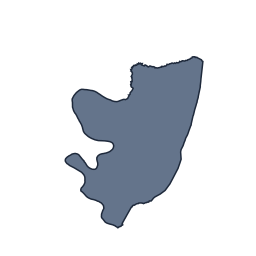 Tumana, Upper River, Gambia, rotated 297°
{"feature_id": "56634734B54781332377439", "entity_name": "Tumana", "entity_type": "district", "adm_level": 2, "iso_a3": "GMB", "parent_name": "Gambia", "parent_adm1": "Upper River", "projection": "mercator", "projection_center": [-14.08, 13.369], "detail": "fine", "context": "isolated", "style": "filled", "palette": "slate", "viewbox_px": 256, "rotation_deg": 297, "n_neighbors": 0, "source": "geoboundaries", "source_scale": "gbopen_adm2", "svg_char_len": 5518}
<svg xmlns="http://www.w3.org/2000/svg" viewBox="0 0 256 256"><g transform="rotate(297 128 128)"><path d="M97.1,190.7L103.0,190.8L103.3,190.8L114.8,190.9L116.1,190.7L120.5,190.1L124.3,189.5L130.3,185.9L130.7,185.7L132.9,185.1L135.9,185.1L136.1,185.1L137.1,185.1L138.0,185.0L139.9,184.7L140.4,184.6L141.9,184.5L142.5,184.5L145.2,184.0L148.6,184.1L150.7,183.9L152.5,183.6L158.1,182.9L158.5,182.9L159.4,182.9L160.2,182.5L168.0,180.5L169.3,180.4L173.5,179.4L174.2,179.2L179.3,178.3L181.0,177.9L181.9,177.9L184.1,177.2L186.9,176.7L188.3,176.2L194.2,174.6L197.6,173.7L197.9,173.4L202.5,171.7L204.9,170.7L217.4,166.0L221.3,164.5L221.3,164.3L221.4,164.1L221.4,163.3L222.1,162.5L222.1,160.8L222.1,159.5L222.1,157.7L222.3,157.2L221.7,156.6L221.4,155.8L221.8,155.6L221.6,154.7L221.1,153.9L220.9,153.7L220.7,153.3L220.5,153.0L219.7,153.2L219.3,153.0L218.3,152.0L217.4,151.9L216.0,150.3L215.2,150.2L214.4,148.7L213.5,148.3L212.5,145.7L211.7,145.6L210.7,144.4L210.8,143.8L209.4,143.7L208.6,142.7L208.4,141.6L207.1,140.9L207.1,139.9L206.2,139.4L205.9,137.7L205.1,137.2L204.0,135.9L203.2,135.5L202.8,135.0L202.5,134.2L202.5,133.9L201.2,133.9L200.5,133.5L200.0,133.1L200.0,132.6L199.2,132.1L198.9,131.7L198.7,131.3L198.5,131.2L198.4,131.1L198.4,130.7L198.4,130.2L198.0,129.9L197.6,130.2L197.4,130.2L197.2,129.9L196.8,129.2L196.3,128.8L194.7,126.8L194.4,125.5L193.8,124.8L194.4,124.0L194.2,123.2L194.1,122.5L193.6,121.9L193.6,121.1L193.3,120.8L193.3,119.4L192.5,118.9L191.9,118.7L191.6,118.1L191.7,117.2L192.0,116.6L192.0,114.9L191.9,114.5L191.1,114.5L190.9,114.5L190.7,114.2L190.4,111.6L191.9,111.5L191.5,110.8L191.2,110.3L190.8,110.1L190.7,109.9L191.2,109.5L190.5,109.0L190.7,108.4L190.7,108.1L190.0,108.3L189.7,108.2L189.4,108.0L189.4,107.7L189.4,107.1L187.9,107.2L187.7,106.8L187.5,106.6L187.5,106.0L186.9,106.0L186.6,105.0L186.1,105.0L186.0,104.6L185.0,104.7L184.6,104.1L183.6,103.9L183.6,104.5L182.8,104.5L181.8,104.6L181.4,103.9L180.7,104.8L180.1,104.7L180.1,105.6L179.3,106.4L179.2,106.8L177.6,107.6L176.7,107.4L176.1,107.5L175.3,107.5L175.1,108.5L174.4,108.5L173.8,109.2L172.9,109.8L171.3,110.5L171.3,110.0L170.9,109.9L170.5,109.5L169.2,110.8L168.5,110.6L168.0,110.6L167.8,111.4L167.0,111.3L166.1,112.3L166.0,113.1L166.0,113.9L165.6,114.6L163.1,114.6L161.7,114.2L161.1,114.2L160.4,113.9L159.6,114.2L159.3,114.5L158.3,114.3L158.2,114.2L157.9,113.9L157.9,114.2L157.4,114.2L156.9,114.2L156.4,114.3L155.5,114.2L154.2,114.3L152.9,113.5L152.1,112.8L151.9,111.9L151.3,110.8L150.6,110.2L149.7,109.3L147.2,107.1L146.9,106.7L146.3,105.9L145.5,103.9L145.0,101.8L145.0,99.4L144.8,98.4L144.5,96.4L144.5,94.4L144.7,91.1L144.9,89.5L145.1,88.2L145.4,85.2L145.6,84.0L145.6,83.6L145.6,81.7L145.2,79.4L144.5,77.5L144.3,76.7L143.4,73.8L142.5,71.8L142.0,70.3L141.3,68.9L139.9,67.7L137.4,66.5L137.2,66.4L135.9,65.9L133.2,65.3L131.9,65.1L130.9,65.1L130.1,65.1L128.5,65.1L127.1,65.8L125.7,66.8L125.1,67.2L124.6,67.4L122.2,68.7L121.5,69.0L120.0,70.5L119.1,71.3L118.2,72.4L117.1,74.1L116.9,74.8L115.6,76.8L114.1,78.7L113.2,80.1L111.9,81.8L111.5,82.6L109.8,85.1L108.2,86.8L107.6,87.4L107.1,87.7L106.4,88.4L105.1,89.5L104.6,90.1L103.7,91.6L103.3,92.8L102.9,94.4L102.4,96.3L102.5,96.1L102.3,97.0L102.3,97.9L102.2,98.6L102.2,99.5L102.2,99.8L102.2,100.2L102.2,100.7L102.3,101.7L102.4,102.8L102.4,103.1L102.5,104.0L103.1,106.4L103.3,107.3L104.0,108.7L104.4,109.7L104.5,109.8L106.1,113.4L106.4,114.3L106.9,115.6L107.7,118.4L107.7,120.5L107.6,121.0L106.8,122.3L105.6,123.4L103.7,123.9L102.1,123.9L100.3,123.2L98.8,122.5L97.5,121.5L97.0,121.0L95.8,119.9L94.9,118.7L94.2,117.9L93.8,117.3L93.2,116.5L92.1,115.3L91.6,114.9L90.2,114.1L89.2,113.8L87.9,113.7L87.9,113.8L86.8,114.0L85.7,114.6L84.7,115.4L83.1,116.9L81.2,117.9L78.6,118.2L77.6,118.1L76.5,117.6L75.8,116.6L75.5,115.9L75.0,114.8L74.9,113.5L74.9,111.8L75.1,110.4L75.8,108.5L76.7,107.1L77.3,106.1L77.8,105.2L78.0,104.3L78.6,103.9L79.4,101.6L81.8,96.3L81.9,94.9L81.7,93.9L81.3,92.4L80.7,91.6L80.0,90.7L79.0,89.7L78.5,89.5L78.3,89.4L77.6,89.0L76.8,88.4L76.2,87.9L75.4,87.6L74.9,87.2L73.5,86.7L72.7,86.5L71.9,86.4L71.2,86.6L70.1,87.1L69.3,88.3L68.6,89.8L68.6,90.6L68.1,93.0L68.1,96.3L68.1,98.1L67.5,106.8L66.8,108.6L66.2,110.0L65.3,111.2L64.4,112.0L63.0,112.8L61.3,113.6L60.4,114.2L59.5,114.4L58.2,114.5L56.8,114.5L56.5,114.4L54.7,114.1L53.6,113.7L52.7,113.7L51.4,114.0L50.5,114.7L50.2,116.6L49.9,117.5L49.5,118.7L48.1,122.2L48.1,122.6L47.9,123.3L47.8,124.7L47.9,127.2L48.2,128.4L48.6,129.8L49.0,132.3L49.0,134.0L49.3,135.3L49.1,137.0L49.1,138.4L49.0,138.5L48.7,139.3L48.1,140.6L47.8,141.3L45.6,142.9L44.9,143.0L43.3,143.0L43.0,143.0L39.3,143.5L36.7,144.7L36.0,145.5L35.3,147.3L33.8,150.5L33.8,150.8L33.7,151.9L33.7,152.5L33.8,153.2L34.1,155.2L34.4,156.4L34.7,157.8L34.8,158.2L34.9,159.1L34.9,160.2L35.0,160.4L35.0,161.0L34.8,161.6L34.8,162.2L34.8,163.0L34.6,163.6L34.5,163.8L34.5,164.3L35.6,164.9L36.1,164.9L36.2,165.1L36.4,165.4L36.8,165.9L37.1,166.3L37.8,166.4L38.5,166.4L38.7,166.8L38.8,167.0L39.2,167.3L39.3,167.3L40.0,166.7L40.4,166.1L41.6,166.2L44.0,166.3L45.1,166.3L46.2,166.4L49.6,166.5L58.9,166.9L59.2,167.3L59.7,167.3L60.3,167.3L60.4,167.5L61.2,167.5L62.1,168.4L62.1,168.7L62.9,169.2L63.0,169.3L64.2,169.9L64.8,170.6L65.3,171.5L65.9,171.6L67.2,173.7L67.5,174.9L67.7,175.2L67.8,175.4L67.6,176.0L68.4,176.8L68.8,177.0L69.4,177.6L70.0,178.2L70.0,178.5L70.7,178.9L71.4,180.1L72.7,180.1L73.4,181.7L75.1,182.2L77.0,182.5L78.8,183.3L79.7,183.9L82.2,185.6L83.2,186.3L83.3,186.4L83.6,186.6L89.2,189.4L94.2,190.2L94.9,190.3L97.0,190.7L97.1,190.7Z" fill="#64748b" stroke="#1e293b" stroke-width="1.5"/></g></svg>